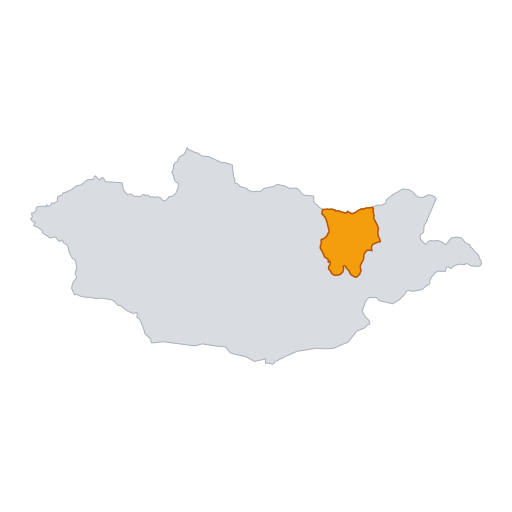 Hentiy on a map of Mongolia (Mercator projection)
{"feature_id": "MNG-3315", "entity_name": "Hentiy", "entity_type": "Province", "adm_level": 1, "iso_a3": "MNG", "parent_name": "Mongolia", "parent_adm1": "", "projection": "mercator", "projection_center": [110.059, 47.757], "detail": "fine", "context": "in_parent", "style": "filled", "palette": "amber", "viewbox_px": 512, "rotation_deg": 0, "n_neighbors": 0, "source": "natural_earth", "source_scale": "10m", "svg_char_len": 7005}
<svg xmlns="http://www.w3.org/2000/svg" viewBox="0 0 512 512"><path d="M31.7,213.0L33.4,213.0L35.9,211.0L36.2,208.3L37.0,206.8L43.2,206.1L46.0,206.9L46.4,205.2L46.9,204.9L48.4,206.3L49.9,205.7L50.9,205.1L51.7,203.0L53.9,203.3L57.5,201.1L57.4,197.0L58.8,196.0L62.0,195.3L62.4,193.4L63.1,192.9L65.5,192.4L69.6,190.3L71.5,190.1L73.0,188.2L76.7,185.8L82.2,184.7L82.6,183.5L87.6,179.7L93.1,179.5L94.5,176.2L95.3,175.9L99.1,179.8L100.7,179.3L101.3,177.8L103.6,177.8L104.5,180.5L105.8,181.7L121.9,182.7L122.4,183.7L123.4,190.1L126.3,193.0L127.0,194.4L131.4,194.0L134.0,196.3L137.8,196.2L139.7,196.8L143.5,194.6L144.3,194.6L145.5,195.8L147.3,194.9L150.8,197.1L153.5,196.7L154.8,197.6L156.4,196.8L160.2,197.5L163.4,200.8L165.5,200.5L168.0,198.3L168.7,196.8L172.4,196.1L174.5,194.6L175.9,193.2L177.9,188.3L178.4,183.2L176.5,182.4L174.9,180.8L173.9,178.0L173.8,176.1L172.0,173.2L172.1,171.7L173.2,169.2L173.7,165.1L175.0,162.8L177.5,161.6L177.8,159.9L179.4,156.8L183.4,154.9L185.7,151.3L187.0,147.7L188.9,149.6L194.2,152.1L198.5,153.3L201.4,155.9L209.0,156.6L221.8,162.8L224.5,162.4L232.1,165.0L232.7,165.9L232.6,170.5L233.2,171.8L233.5,176.7L234.9,179.1L234.5,182.1L235.2,183.0L237.1,183.4L240.1,186.4L246.8,188.6L248.8,190.5L253.4,191.9L255.7,191.1L259.6,191.5L261.0,191.2L263.5,188.9L265.0,188.2L273.9,186.4L276.3,184.8L277.9,184.5L284.8,186.0L289.6,188.3L296.5,188.1L299.7,190.6L301.1,193.0L303.8,195.1L313.4,196.0L313.8,196.6L313.7,201.6L314.1,202.4L320.3,208.0L323.2,209.6L331.9,209.3L345.4,212.8L348.6,211.8L351.4,213.5L352.5,213.4L361.3,208.9L362.6,209.1L371.7,207.4L377.5,205.1L381.9,205.2L385.4,203.2L386.9,199.3L392.7,194.8L402.8,188.9L409.1,189.8L412.7,191.9L416.5,196.0L418.7,197.2L422.7,197.5L428.5,194.7L431.6,195.4L434.4,196.6L436.2,198.7L427.1,219.9L427.0,221.1L424.1,225.5L423.7,232.4L420.0,234.9L420.5,238.8L421.3,240.3L425.2,244.2L426.6,243.7L427.7,242.0L429.9,240.6L433.9,241.0L437.3,240.4L441.7,241.7L445.6,244.9L451.4,237.9L456.7,237.0L461.7,238.0L465.3,242.7L469.8,244.9L471.0,247.5L472.8,248.6L473.3,249.9L478.7,255.3L479.7,258.8L481.3,261.3L481.3,263.9L480.9,265.1L478.6,266.4L471.0,265.8L466.5,263.3L464.8,264.7L459.0,264.2L455.7,265.2L453.4,266.2L452.1,267.8L451.1,268.2L450.1,268.2L448.3,266.8L446.8,266.8L446.4,267.2L445.3,271.4L440.4,271.4L438.7,270.9L434.5,272.9L433.9,274.5L431.7,276.8L429.6,281.0L430.0,282.8L429.4,284.0L425.7,286.3L422.2,289.6L414.9,291.0L411.5,291.2L409.0,290.4L406.5,291.0L404.5,294.7L399.8,299.3L392.9,303.8L380.5,301.0L379.0,300.4L376.4,297.6L369.2,297.5L367.1,299.3L365.3,302.1L362.2,311.2L365.0,316.3L368.3,319.6L369.7,322.0L369.7,324.0L367.4,324.9L364.3,328.1L356.7,331.1L348.2,342.0L333.3,348.4L324.2,348.8L317.0,348.2L297.3,351.2L284.7,356.8L275.3,361.6L273.2,363.9L272.3,364.3L270.6,363.4L265.5,363.1L265.5,359.0L254.5,361.4L245.5,356.6L232.7,353.7L230.1,352.6L225.7,347.2L223.4,346.5L217.8,346.3L202.2,343.9L195.0,345.9L163.3,341.7L151.8,343.0L151.4,342.5L150.6,339.1L145.2,333.7L144.4,332.4L144.2,330.3L139.8,319.3L137.0,317.6L137.3,312.9L133.1,313.3L128.4,311.5L123.5,308.2L121.2,305.7L117.8,305.2L113.6,300.7L111.6,299.8L101.4,298.0L96.3,298.6L90.8,297.4L84.5,297.2L82.5,296.3L80.7,296.4L77.1,294.4L74.6,294.8L71.6,288.3L72.3,284.2L73.5,281.7L76.4,278.0L76.3,276.6L75.1,273.3L76.8,267.3L76.2,263.5L74.5,259.3L72.4,258.3L69.3,252.5L68.3,248.0L67.0,244.8L63.8,243.0L62.7,240.2L61.8,240.0L61.1,240.9L59.2,241.3L57.3,239.5L56.2,237.6L55.0,237.0L53.0,237.1L51.1,238.0L49.0,237.6L47.2,235.8L42.4,233.0L42.3,231.0L41.6,229.6L40.1,229.2L38.7,227.7L34.0,225.9L33.9,224.9L35.2,222.7L32.0,220.9L30.7,219.0L32.5,216.5L31.7,214.8L31.7,213.0Z" fill="#d9dde1" stroke="#a8b0b8" stroke-width="1"/><path d="M322.6,209.5L323.1,209.6L325.1,209.2L326.6,209.2L327.6,209.0L329.0,209.5L329.4,209.4L330.8,209.1L332.6,209.2L332.9,209.4L333.3,209.6L334.1,209.9L334.3,210.0L334.9,209.9L335.1,210.1L335.2,210.6L335.5,210.9L335.8,211.0L338.8,210.8L339.6,211.1L340.0,211.6L341.4,211.9L345.1,213.0L345.7,213.0L346.3,212.7L346.9,212.3L347.4,211.8L347.6,211.5L347.8,211.3L348.7,212.2L348.9,212.3L349.7,212.5L351.0,213.4L351.6,213.6L352.2,213.6L352.8,213.5L354.4,213.0L356.1,212.1L358.5,210.2L360.4,209.6L360.7,209.4L361.1,208.9L361.3,208.7L361.7,208.6L362.0,208.7L362.6,209.1L363.0,209.1L363.3,209.1L363.7,209.1L365.2,208.2L365.9,208.0L371.0,207.7L372.4,207.1L373.4,208.6L373.5,208.8L373.5,209.0L373.3,209.2L373.1,209.4L373.1,209.5L373.1,210.6L373.5,213.5L374.0,215.1L374.1,215.6L374.1,216.1L373.8,217.1L373.6,217.6L373.8,218.3L374.4,219.6L377.1,224.7L377.9,226.9L378.2,227.7L378.4,228.9L378.3,230.1L378.0,231.0L377.8,232.4L378.2,236.0L378.9,237.5L379.1,237.8L379.7,239.0L380.3,241.6L379.2,241.8L378.8,242.1L378.6,242.1L377.9,242.2L373.6,243.9L372.8,244.4L372.5,244.7L372.2,245.0L372.0,245.3L371.9,245.6L371.8,245.9L371.7,246.2L371.6,246.6L371.5,247.7L371.5,248.3L371.6,249.3L371.9,250.5L370.2,250.4L368.4,250.0L368.2,250.1L367.9,250.1L367.3,250.4L366.7,250.8L366.3,251.2L364.9,252.8L364.4,253.6L364.2,254.2L364.0,254.8L363.6,258.6L363.2,260.0L362.2,262.0L360.9,264.2L360.6,265.0L360.3,265.7L360.3,267.4L360.3,267.8L360.5,268.5L360.9,270.0L361.0,270.4L361.0,270.8L361.0,271.2L360.8,271.6L360.0,272.9L359.8,273.2L359.8,273.5L359.8,274.1L357.2,276.6L356.2,277.2L355.4,277.2L354.5,276.9L351.6,275.1L350.3,273.9L349.9,273.1L349.5,271.9L349.2,271.3L349.0,270.9L346.7,268.5L345.9,267.3L345.5,266.5L345.1,266.1L344.8,265.9L343.9,265.8L343.4,265.9L343.2,266.1L343.2,266.8L343.6,268.6L343.6,269.0L343.5,269.4L343.0,271.3L342.6,272.3L342.4,272.5L340.2,274.3L339.6,274.7L339.0,274.9L335.5,275.3L334.1,275.1L332.0,273.7L331.6,273.3L331.3,272.8L330.9,271.7L330.5,271.0L329.2,269.8L328.8,268.8L328.7,268.6L328.6,268.3L328.6,268.1L328.6,267.7L328.7,267.0L328.8,266.6L329.9,264.6L330.1,264.0L330.2,263.5L330.2,263.0L330.2,262.5L330.1,261.9L330.0,261.3L329.8,261.1L329.6,261.0L329.3,261.1L329.1,261.4L328.6,262.1L328.3,262.2L328.2,262.1L328.2,261.9L328.2,260.5L328.2,260.0L328.1,259.7L327.9,258.9L326.2,258.1L325.2,257.4L324.7,257.0L324.3,256.4L324.1,256.0L323.9,255.2L323.3,253.5L323.1,253.3L322.7,252.8L322.5,252.5L322.2,251.4L322.2,251.1L321.3,250.1L321.2,249.9L321.0,249.5L320.7,248.6L320.6,248.4L320.3,248.2L320.2,248.1L320.1,247.9L320.2,247.5L320.4,247.2L320.6,246.9L320.6,246.4L320.5,246.1L320.3,245.8L320.3,245.6L320.4,245.4L320.5,245.3L320.6,245.2L321.3,244.0L321.4,243.7L321.4,243.0L321.4,242.9L321.5,242.7L321.4,242.5L321.2,242.4L321.2,242.2L321.2,241.5L321.2,241.2L321.0,240.4L321.1,240.1L321.3,239.7L321.4,239.4L322.3,239.3L323.0,239.0L323.3,238.9L323.9,238.5L324.2,238.4L324.8,237.8L325.6,237.0L326.1,236.5L326.3,236.4L326.8,236.1L327.1,235.8L327.3,235.3L327.6,234.3L327.8,233.5L328.2,233.0L328.4,232.7L328.6,232.6L328.8,232.1L329.1,231.4L329.1,230.9L329.1,230.4L328.8,229.1L328.4,228.1L328.2,227.2L327.9,226.0L327.4,223.5L327.2,222.8L326.9,222.1L326.8,221.8L326.6,220.7L326.5,220.4L326.0,219.4L325.4,217.9L324.9,217.0L324.4,216.4L323.5,215.6L323.2,215.3L322.9,215.0L322.7,214.7L322.3,214.4L321.9,213.8L322.1,211.7L322.6,209.5Z" fill="#f59e0b" stroke="#b45309" stroke-width="1.5"/></svg>